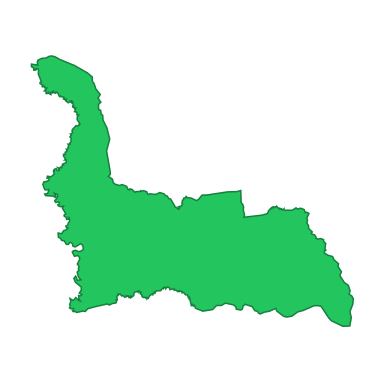 Phrasaeng, Surat Thani, Thailand (Mercator projection), rotated 173°
{"feature_id": "78962969B2036250841951", "entity_name": "Phrasaeng", "entity_type": "district", "adm_level": 2, "iso_a3": "THA", "parent_name": "Thailand", "parent_adm1": "Surat Thani", "projection": "mercator", "projection_center": [99.157, 8.509], "detail": "fine", "context": "isolated", "style": "filled", "palette": "green", "viewbox_px": 384, "rotation_deg": 173, "n_neighbors": 0, "source": "geoboundaries", "source_scale": "gbopen_adm2", "svg_char_len": 5972}
<svg xmlns="http://www.w3.org/2000/svg" viewBox="0 0 384 384"><g transform="rotate(173 192 192)"><path d="M273.8,296.6L271.2,299.9L274.9,306.1L276.0,311.7L277.3,313.8L277.0,318.3L281.2,322.9L293.1,331.8L306.6,339.4L311.6,343.0L314.9,344.2L317.7,344.0L320.5,342.7L324.5,343.0L328.7,341.7L329.8,339.4L329.7,336.8L335.8,338.5L336.1,335.9L334.2,334.8L334.2,332.2L332.6,332.1L332.6,332.9L331.7,332.5L331.3,333.4L330.0,333.1L329.5,331.1L330.2,328.0L328.1,319.9L329.5,319.2L329.6,318.0L327.1,316.4L328.0,315.2L327.4,314.5L325.5,314.9L325.5,313.4L323.4,312.8L326.2,310.4L324.5,310.0L324.8,307.5L323.6,307.4L321.8,309.0L322.6,307.6L320.2,305.9L320.1,308.1L318.8,307.3L318.1,308.9L317.2,309.0L317.3,307.5L315.3,306.7L314.7,308.0L313.2,306.7L311.9,302.9L310.8,303.3L310.6,302.6L307.7,301.8L308.2,300.1L307.1,300.3L307.3,299.3L306.6,298.8L305.5,299.3L306.1,297.8L303.9,295.6L301.9,296.6L301.3,296.1L301.6,297.2L300.5,297.2L300.8,296.4L299.6,296.0L301.1,294.8L300.0,295.1L299.1,293.7L300.0,291.6L299.0,291.4L299.7,290.6L297.3,289.4L298.3,288.9L297.7,287.4L298.8,286.1L296.9,285.3L296.3,283.9L297.0,282.8L295.1,282.2L296.7,280.7L297.2,277.7L295.0,273.6L295.9,273.1L295.4,272.4L297.5,271.3L298.9,272.1L303.1,268.6L303.7,266.9L303.2,266.0L304.7,264.1L305.6,264.3L305.0,262.9L306.4,261.6L305.5,260.3L306.0,256.5L307.4,255.4L307.2,254.4L309.2,254.6L308.6,253.6L309.6,251.7L309.2,251.1L310.5,249.5L311.5,249.8L311.1,247.7L313.1,246.8L313.1,244.8L315.0,245.0L315.1,243.2L313.5,240.0L314.5,239.3L312.9,239.0L313.2,236.6L316.8,235.5L316.3,234.4L317.7,234.3L318.3,232.0L319.6,232.7L320.4,231.7L322.2,232.5L320.9,230.0L321.4,229.4L323.5,230.1L323.9,231.7L325.9,231.3L326.6,230.5L326.2,229.6L327.0,229.4L326.5,226.7L329.9,224.3L333.6,225.3L334.2,223.3L332.3,223.5L332.5,221.1L336.4,219.9L337.7,220.2L339.1,217.7L337.9,212.4L336.5,211.7L334.2,212.1L333.9,211.3L335.5,208.1L338.5,207.9L337.8,206.3L330.0,204.7L328.5,203.3L327.6,204.5L328.8,207.5L325.8,205.8L325.7,204.5L327.6,201.4L329.2,200.3L329.1,199.0L328.3,198.1L326.1,198.6L325.0,197.6L325.0,196.5L326.8,195.6L326.5,194.6L324.0,193.3L321.3,193.7L322.6,191.7L319.9,185.8L321.8,184.7L321.8,183.6L319.6,181.9L319.9,180.1L318.2,180.0L317.2,181.8L316.8,181.2L317.1,177.8L318.7,176.2L319.1,174.5L321.4,173.5L320.9,172.0L319.5,171.3L321.6,169.7L324.1,169.3L326.4,166.5L329.9,167.6L330.1,163.3L328.2,162.1L327.3,159.9L324.7,159.0L323.1,155.3L321.1,155.1L319.6,156.7L318.4,156.5L317.1,155.5L316.7,152.6L314.6,151.7L308.9,154.2L307.5,153.2L306.8,150.7L307.0,148.1L309.8,146.7L311.8,146.7L314.7,148.3L316.9,148.1L318.2,147.0L316.5,142.5L313.0,142.9L311.5,140.5L312.0,138.3L314.6,134.5L313.2,131.8L314.2,129.6L313.8,128.1L315.8,126.5L315.1,121.3L312.9,118.4L316.5,118.3L317.7,122.7L319.8,120.6L318.7,116.6L313.5,111.2L313.9,108.0L316.2,105.4L313.8,103.7L314.8,102.6L317.2,103.1L317.4,99.4L316.2,97.5L317.8,98.2L320.2,101.4L323.0,98.8L326.1,101.1L325.6,98.4L327.1,95.3L326.8,92.7L327.7,91.9L326.3,90.7L323.9,90.8L323.8,89.4L325.1,88.7L324.4,87.7L322.7,87.7L321.1,86.5L314.5,87.1L312.5,86.4L309.7,88.8L304.3,89.7L289.8,91.2L287.9,89.9L284.3,91.1L281.7,91.0L280.7,91.5L279.9,93.5L280.4,94.1L279.2,94.2L279.5,97.7L278.0,98.2L277.8,99.7L277.0,99.1L276.0,99.6L274.3,97.3L273.0,97.7L271.6,95.7L268.9,96.4L269.3,97.0L267.7,96.6L267.5,95.3L266.3,96.3L267.0,95.1L266.3,94.6L265.5,96.2L264.2,95.7L264.5,95.1L262.3,96.3L262.4,97.6L261.0,99.6L257.5,100.2L257.8,99.6L256.9,99.9L256.8,99.1L256.5,99.6L254.8,98.7L255.7,97.3L254.4,96.2L254.3,94.2L252.9,93.1L250.9,93.2L250.8,92.3L249.5,92.3L249.6,91.6L248.8,92.4L248.2,91.9L247.1,93.8L244.1,95.6L243.4,94.7L242.7,96.3L241.2,95.9L241.2,97.4L240.5,97.1L239.4,98.2L235.1,97.8L233.1,99.9L232.2,99.5L231.5,100.7L230.6,100.7L230.0,99.3L229.6,100.3L229.2,99.9L227.6,100.7L226.1,99.5L225.7,97.7L221.7,98.3L221.7,96.6L220.0,96.7L218.2,94.8L216.6,95.6L216.6,94.7L214.8,94.9L214.0,94.3L214.2,93.1L212.7,93.4L210.9,90.7L209.0,90.4L208.5,87.7L207.8,88.2L207.1,87.2L207.8,85.8L207.1,85.3L206.6,79.8L205.7,80.4L205.7,79.1L204.6,79.5L204.3,78.7L203.3,79.2L202.7,76.2L195.7,72.4L185.8,72.8L181.6,76.3L176.5,75.8L172.5,77.6L164.5,74.9L162.5,72.8L162.3,70.2L157.8,68.9L156.4,69.5L155.3,72.3L153.2,74.1L146.2,70.9L144.1,66.5L141.6,65.7L140.9,63.8L139.2,62.6L134.9,63.9L129.7,64.2L123.0,66.3L122.5,63.7L116.3,57.5L113.1,56.3L107.9,56.6L101.7,60.1L96.3,60.8L84.9,64.2L81.4,64.0L77.8,62.8L71.4,49.9L69.1,47.0L58.6,40.3L51.7,39.8L49.2,47.9L49.8,54.0L46.1,61.0L44.9,66.4L46.1,69.4L48.5,71.4L47.1,74.6L48.2,80.3L51.9,83.7L55.4,91.1L53.4,94.6L56.2,100.3L55.3,102.9L59.3,107.4L60.3,110.8L64.6,112.6L67.8,115.0L67.8,117.0L66.2,118.0L67.0,119.3L65.6,124.6L67.4,127.1L67.2,128.7L69.8,130.1L72.6,129.9L74.6,130.8L74.4,132.3L75.6,134.6L78.3,135.6L78.6,136.4L77.5,137.7L80.7,141.6L80.4,144.2L81.7,147.1L80.8,149.9L81.2,152.1L78.5,156.5L80.7,158.0L82.1,157.9L82.8,160.8L85.3,162.4L87.2,162.7L89.2,162.0L90.7,163.6L94.6,161.7L102.3,162.6L103.2,163.3L102.9,164.0L104.1,163.3L105.5,163.9L105.3,164.5L107.1,164.3L106.9,165.2L108.7,165.7L109.6,167.5L110.4,166.2L110.3,167.0L112.5,167.3L112.9,166.4L113.8,167.3L115.1,166.7L115.0,165.8L116.0,166.0L118.0,164.4L119.8,161.3L125.6,160.5L143.5,160.6L142.6,162.7L143.3,167.9L142.6,170.6L143.2,173.6L144.5,175.6L143.4,187.5L147.4,186.9L156.6,187.8L177.2,187.2L182.4,187.7L186.6,183.7L188.8,183.0L193.4,186.0L197.6,187.1L198.3,188.3L199.4,187.0L201.0,186.9L201.1,185.7L202.4,185.0L203.4,182.3L202.9,181.3L204.1,179.5L207.4,178.9L206.1,178.0L207.2,176.5L210.4,179.1L214.1,187.7L215.7,188.2L217.2,191.1L218.8,191.6L219.8,193.5L224.0,195.4L228.3,194.0L234.3,195.4L235.6,195.0L236.5,195.5L236.8,197.7L240.0,199.3L242.0,198.9L242.6,199.6L243.3,198.9L247.6,199.2L248.7,198.6L251.3,202.0L253.3,202.6L253.7,201.7L255.2,202.5L256.2,205.6L260.3,207.8L263.5,207.4L267.3,209.1L269.0,210.8L269.4,214.5L273.0,217.6L270.9,219.5L270.7,222.8L271.8,243.2L267.2,254.6L268.7,266.3L271.5,274.2L271.3,279.1L272.7,280.6L272.7,284.2L274.6,285.2L274.2,290.2L271.5,292.3L273.8,296.6Z" fill="#22c55e" stroke="#15803d" stroke-width="1.5"/></g></svg>